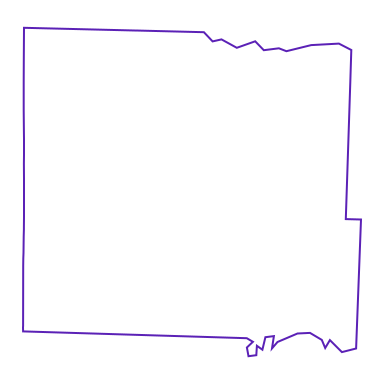 Bates, Missouri, United States of America
{"feature_id": "52423323B79334401878535", "entity_name": "Bates", "entity_type": "district", "adm_level": 2, "iso_a3": "USA", "parent_name": "United States of America", "parent_adm1": "Missouri", "projection": "robinson", "projection_center": [-94.392, 38.252], "detail": "fine", "context": "isolated", "style": "outline", "palette": "violet", "viewbox_px": 384, "rotation_deg": 0, "n_neighbors": 0, "source": "geoboundaries", "source_scale": "gbopen_adm2", "svg_char_len": 846}
<svg xmlns="http://www.w3.org/2000/svg" viewBox="0 0 384 384"><path d="M23.1,331.4L246.8,338.2L252.9,341.8L246.9,347.5L248.5,356.2L256.3,355.2L256.9,345.8L262.4,349.7L265.4,337.2L273.9,336.1L272.0,348.4L277.5,342.0L297.5,333.5L310.0,332.9L321.8,339.9L325.2,348.0L329.9,340.1L341.9,352.1L356.1,348.5L361.0,219.5L345.8,219.1L350.3,82.1L351.3,50.0L338.9,43.6L311.2,45.1L286.4,51.2L278.9,48.3L263.8,50.2L255.2,41.3L236.8,47.8L221.5,39.4L212.6,41.4L203.9,32.2L135.7,30.5L134.6,30.5L24.0,27.8L23.8,59.4L23.7,81.7L23.7,89.7L23.7,92.4L23.7,106.3L23.7,110.1L23.9,130.9L24.0,139.2L24.0,142.3L24.0,146.2L24.0,155.1L23.9,163.2L23.9,164.3L24.0,178.5L24.0,202.2L24.0,210.1L24.0,215.7L24.0,216.8L23.9,226.8L23.9,229.2L23.7,236.5L23.5,253.0L23.3,258.3L23.2,266.2L23.1,326.1L23.0,327.2L23.1,331.4L23.1,331.4Z" fill="none" stroke="#5b21b6" stroke-width="2"/></svg>